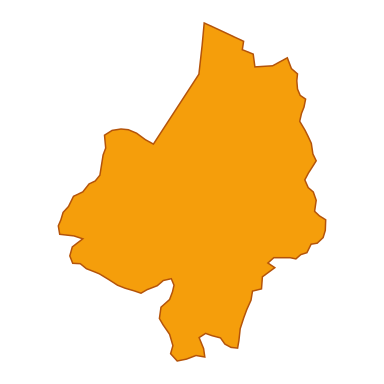 the district of Parobé, Rio Grande do Sul, Brazil
{"feature_id": "56859067B66345802606616", "entity_name": "Parobé", "entity_type": "district", "adm_level": 2, "iso_a3": "BRA", "parent_name": "Brazil", "parent_adm1": "Rio Grande do Sul", "projection": "mercator", "projection_center": [-50.856, -29.657], "detail": "fine", "context": "isolated", "style": "filled", "palette": "amber", "viewbox_px": 384, "rotation_deg": 0, "n_neighbors": 0, "source": "geoboundaries", "source_scale": "gbopen_adm2", "svg_char_len": 1474}
<svg xmlns="http://www.w3.org/2000/svg" viewBox="0 0 384 384"><path d="M59.7,234.3L73.9,235.9L82.8,238.8L72.3,246.9L69.8,255.9L72.7,263.3L80.3,263.7L86.4,268.7L93.4,271.4L99.3,273.8L109.0,279.7L117.5,285.2L125.1,288.2L134.0,290.8L141.0,293.2L147.0,289.7L157.3,285.7L163.3,280.5L171.3,278.7L174.0,285.2L172.5,291.8L169.6,299.5L161.0,307.2L159.4,318.5L163.0,324.7L169.6,334.3L172.9,345.6L170.6,353.7L177.2,361.0L186.5,359.1L196.0,355.5L204.8,357.0L203.6,348.6L199.1,337.6L205.6,333.4L212.1,335.7L220.5,337.9L224.9,344.1L231.0,347.4L237.6,348.1L238.9,340.6L240.2,328.7L243.7,317.9L246.8,309.5L251.0,300.2L252.5,291.1L261.5,288.9L262.4,276.8L274.8,267.7L267.9,263.0L273.8,257.7L283.5,257.7L290.2,257.7L295.9,258.9L300.8,254.6L306.9,252.7L311.1,244.2L317.2,243.2L323.1,237.6L325.3,230.4L325.7,219.8L319.3,215.8L314.6,211.3L316.2,200.3L313.3,192.0L308.2,187.6L304.8,179.9L308.5,172.9L312.7,166.4L316.2,160.8L312.9,154.0L311.3,143.3L308.1,136.4L305.0,130.2L299.7,121.3L301.5,113.4L304.0,107.1L305.6,99.1L300.2,95.4L297.5,89.1L296.8,80.7L297.5,73.9L291.4,68.6L287.3,57.8L279.9,61.8L272.6,65.8L254.9,66.9L253.2,54.1L242.3,49.7L243.6,41.3L235.0,37.3L213.7,27.3L204.2,23.0L202.1,45.7L198.9,74.2L153.4,144.1L145.4,139.7L136.6,133.2L128.3,129.7L121.0,129.0L112.1,130.4L104.5,135.2L105.7,148.1L103.1,155.0L101.3,166.4L99.9,175.2L95.2,181.0L89.1,183.9L82.8,191.9L73.5,196.3L68.5,206.5L63.1,212.4L60.9,219.8L58.3,225.9L59.7,234.3Z" fill="#f59e0b" stroke="#b45309" stroke-width="1.5"/></svg>